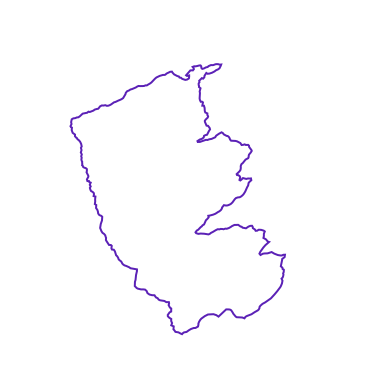 the district of Corumbiara, Rondônia, Brazil, rotated 50°
{"feature_id": "56859067B10063501448175", "entity_name": "Corumbiara", "entity_type": "district", "adm_level": 2, "iso_a3": "BRA", "parent_name": "Brazil", "parent_adm1": "Rondônia", "projection": "equal_earth", "projection_center": [-61.091, -12.881], "detail": "fine", "context": "isolated", "style": "outline", "palette": "violet", "viewbox_px": 384, "rotation_deg": 50, "n_neighbors": 0, "source": "geoboundaries", "source_scale": "gbopen_adm2", "svg_char_len": 6050}
<svg xmlns="http://www.w3.org/2000/svg" viewBox="0 0 384 384"><g transform="rotate(50 192 192)"><path d="M294.5,291.0L294.3,289.8L294.4,288.4L295.7,286.1L295.9,283.2L296.3,280.8L297.3,278.1L298.4,276.7L298.9,273.9L297.8,272.4L297.0,271.8L296.1,270.3L295.3,268.1L295.0,266.3L295.3,262.0L296.1,258.5L299.4,254.1L302.0,252.5L304.5,251.8L303.9,241.3L305.7,239.2L306.5,238.5L307.8,238.0L310.5,238.3L311.8,238.6L315.4,238.6L316.6,238.3L320.4,234.2L322.5,233.0L322.0,231.2L322.3,229.6L323.9,225.0L324.3,221.4L325.0,217.6L324.9,216.4L324.4,215.1L323.5,214.2L323.1,212.8L323.0,209.9L323.6,206.9L324.2,199.9L323.5,194.6L322.8,190.6L321.7,185.8L321.3,184.6L319.9,181.9L318.1,179.7L315.9,179.1L315.8,177.6L315.0,176.2L314.0,175.0L312.9,174.5L312.4,173.4L311.4,172.3L310.5,171.6L309.3,172.1L308.1,171.4L306.0,171.7L302.1,166.8L301.3,166.0L301.4,162.9L299.8,161.1L298.8,162.4L298.4,163.9L297.6,164.9L296.6,165.8L295.4,166.8L292.1,168.6L289.2,169.6L287.6,173.5L285.6,176.1L284.8,177.5L284.3,180.0L282.6,180.0L281.7,178.1L280.4,173.1L279.9,169.9L279.8,165.1L278.7,165.8L275.8,165.8L273.1,166.8L272.0,165.3L270.2,163.8L269.0,161.6L267.7,161.9L265.5,163.3L263.8,165.1L263.5,167.0L262.6,168.2L261.2,167.9L258.8,168.6L257.7,167.9L256.5,167.7L255.4,169.1L254.8,171.0L254.5,174.0L251.8,176.2L250.5,176.3L249.7,177.0L246.9,177.7L244.5,180.7L243.8,183.4L243.7,184.8L243.3,186.9L242.5,189.0L241.5,190.0L240.8,191.8L240.0,192.4L238.7,193.8L238.3,194.9L237.0,196.3L236.5,198.4L236.0,201.7L235.5,203.8L235.5,205.2L235.1,206.6L231.7,209.6L229.3,212.2L228.2,214.0L226.2,215.3L225.1,215.2L224.6,213.1L224.9,211.5L224.5,208.0L224.6,206.6L224.3,205.3L224.6,203.6L222.6,199.5L222.5,197.6L222.1,195.5L220.7,194.8L221.5,193.5L223.0,190.2L223.7,188.0L224.1,184.7L224.4,183.5L224.4,181.5L223.9,179.8L223.2,178.9L222.6,176.0L224.3,174.6L225.2,173.2L225.8,171.4L226.1,170.0L226.0,167.8L225.0,163.8L224.9,162.2L225.6,160.4L226.7,158.8L227.0,157.2L227.0,155.3L226.8,153.8L225.9,151.0L223.8,146.7L223.1,144.8L221.5,142.9L221.2,141.7L221.1,139.0L219.5,138.1L218.7,139.3L217.7,140.3L216.9,142.0L214.1,144.0L214.3,146.1L214.2,147.6L213.3,147.9L211.7,145.6L210.5,145.3L208.9,145.7L208.0,146.6L207.0,146.3L206.7,142.3L206.2,140.6L204.9,139.1L203.9,138.4L203.1,137.5L202.4,136.0L202.5,134.7L201.6,130.1L202.2,127.2L201.6,126.1L200.8,125.4L200.0,124.3L199.5,121.5L198.9,119.8L198.0,119.5L194.3,119.3L193.2,118.6L192.0,118.7L190.5,120.6L189.4,121.0L188.8,122.4L187.9,123.8L185.6,123.5L182.2,124.9L180.9,125.8L177.8,129.1L176.3,129.1L174.9,128.6L173.4,128.4L172.0,128.7L171.3,129.4L168.3,130.6L166.7,130.5L165.3,131.0L164.7,133.9L164.4,137.3L165.0,139.0L163.9,142.9L162.7,144.9L162.1,146.7L161.0,147.8L158.7,153.8L157.4,155.4L156.5,155.1L156.8,152.3L157.6,150.3L157.8,148.1L156.7,146.6L157.1,145.1L157.8,143.7L157.0,141.7L156.3,140.2L155.6,137.9L154.2,137.3L151.6,137.2L150.5,138.2L146.5,137.0L145.7,136.4L145.3,135.0L145.1,132.1L144.4,131.0L142.8,130.7L141.7,129.7L139.6,130.7L138.1,130.1L135.7,128.3L133.6,127.4L132.5,128.6L130.4,126.0L129.2,126.3L128.5,127.3L126.6,126.8L125.2,126.0L121.3,122.3L119.9,121.5L118.0,118.8L116.1,119.2L115.4,118.5L114.3,118.1L113.1,117.1L112.7,115.7L111.4,115.0L111.1,111.2L112.3,110.7L112.1,108.9L111.0,107.7L110.0,104.5L111.4,104.1L112.5,102.5L113.5,100.0L114.1,97.3L114.2,95.2L114.8,93.3L114.9,91.4L113.8,88.9L113.1,87.7L112.3,88.9L111.0,89.7L109.8,91.0L109.2,92.0L108.5,94.0L107.9,94.9L107.0,95.8L106.2,98.4L106.3,99.7L105.5,101.2L105.0,103.5L104.3,105.0L103.1,105.1L101.5,104.1L100.5,104.1L99.8,105.0L98.7,107.3L97.9,108.7L97.1,109.5L96.6,111.1L98.0,111.1L99.1,111.6L99.4,113.2L98.7,113.9L97.8,115.1L98.8,121.5L99.7,121.3L100.4,120.5L100.9,119.3L101.9,120.1L103.0,121.4L102.7,123.5L101.8,125.1L99.0,126.8L97.4,127.0L96.3,128.0L95.1,127.8L93.6,128.8L90.4,130.1L88.0,130.2L86.9,130.0L85.9,131.4L84.9,135.4L85.0,137.0L84.5,138.0L83.6,139.1L82.3,142.1L81.4,145.6L81.4,147.4L82.0,152.7L81.9,154.4L81.5,156.6L81.3,158.1L80.4,159.1L79.9,160.7L77.6,163.6L76.4,164.8L76.0,166.2L75.8,167.9L74.6,171.8L73.9,173.3L73.7,175.1L73.1,176.9L73.5,179.0L74.3,180.1L75.8,184.4L75.6,186.3L75.2,187.8L74.6,189.7L73.8,192.8L73.2,194.0L72.9,197.8L72.6,199.2L72.1,200.6L71.3,201.8L69.8,202.6L68.8,204.3L67.7,205.5L67.3,207.5L67.7,209.0L67.9,210.4L67.1,211.8L66.3,213.7L66.3,215.1L65.0,218.9L63.9,219.7L63.9,221.3L61.7,225.4L61.9,229.4L61.7,231.1L60.9,232.2L60.3,234.1L59.3,235.6L59.0,237.4L60.8,239.7L62.5,240.6L63.5,242.8L64.6,243.0L65.5,242.6L67.3,244.4L70.0,245.4L72.8,244.7L74.0,245.8L75.8,245.8L76.9,245.5L77.9,245.8L79.6,245.4L81.6,245.4L83.9,246.0L86.2,247.2L86.8,248.7L88.9,249.7L90.3,251.8L91.4,252.0L92.4,252.3L93.4,253.9L94.9,254.5L95.8,255.7L97.0,256.4L98.3,256.7L99.1,257.5L100.2,258.1L100.8,259.0L102.0,258.9L102.9,259.3L104.1,258.9L105.5,258.0L106.9,257.8L108.4,259.1L109.1,260.1L112.9,261.0L113.7,261.6L114.8,264.4L116.4,265.1L117.4,263.9L118.4,264.3L119.7,263.6L120.8,265.7L122.6,266.0L123.2,267.6L125.0,268.4L126.5,268.7L127.9,268.1L129.5,267.9L130.6,268.4L131.9,270.0L133.4,268.9L135.3,270.9L137.1,272.3L138.8,274.2L140.4,273.7L142.6,275.8L144.9,276.0L146.6,276.7L148.2,277.7L150.1,277.8L152.0,276.8L153.3,276.7L155.9,279.2L157.9,282.5L160.5,285.5L164.0,286.6L165.8,286.8L167.6,286.3L169.4,286.3L170.9,287.0L171.9,287.3L173.4,288.8L174.3,289.0L179.2,289.6L180.5,288.2L181.7,288.1L183.3,289.9L184.6,290.3L186.0,289.0L187.9,289.2L191.7,290.8L193.2,290.6L195.0,290.9L196.5,291.5L198.1,291.3L199.0,291.0L200.5,291.0L202.0,291.4L203.4,291.3L204.8,290.9L206.4,289.9L209.3,288.5L210.9,288.1L215.9,283.9L217.2,285.0L219.6,288.2L223.0,291.7L224.1,293.4L227.3,296.3L230.0,296.1L231.1,295.7L233.8,293.7L235.2,292.0L236.6,290.7L238.7,290.4L240.8,291.1L243.2,290.5L245.4,288.9L247.0,287.1L248.5,287.3L249.8,287.3L251.2,286.6L253.0,286.7L254.4,286.1L257.7,283.2L259.8,282.5L261.5,280.5L262.7,281.2L263.6,282.6L266.3,283.2L267.9,282.8L270.2,284.8L269.8,286.5L270.6,289.6L271.7,290.4L273.9,290.2L275.9,289.5L277.5,290.9L279.6,291.5L280.8,293.6L283.2,292.4L285.3,294.5L286.6,294.4L288.5,294.6L290.8,292.6L292.9,291.8L294.5,291.0Z" fill="none" stroke="#5b21b6" stroke-width="2"/></g></svg>